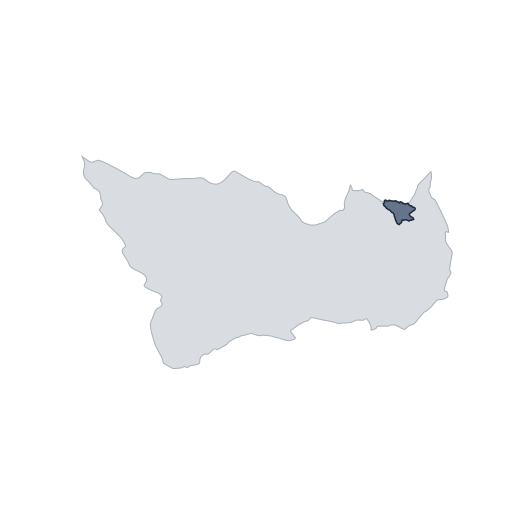 location of Bambio, Sangha-Mbaéré, Central African Republic, rotated 197°
{"feature_id": "33826404B86044426841106", "entity_name": "Bambio", "entity_type": "district", "adm_level": 2, "iso_a3": "CAF", "parent_name": "Central African Republic", "parent_adm1": "Sangha-Mbaéré", "projection": "albers", "projection_center": [16.839, 3.876], "detail": "fine", "context": "in_parent", "style": "filled", "palette": "slate", "viewbox_px": 512, "rotation_deg": 197, "n_neighbors": 0, "source": "geoboundaries", "source_scale": "gbopen_adm2", "svg_char_len": 6499}
<svg xmlns="http://www.w3.org/2000/svg" viewBox="0 0 512 512"><g transform="rotate(197 256 256)"><path d="M349.3,193.1L353.7,194.2L354.5,195.5L353.3,200.0L354.2,202.7L356.7,205.0L359.2,206.0L361.7,206.6L370.1,207.9L373.6,209.5L378.3,214.7L384.1,219.4L385.6,221.9L385.3,224.1L383.6,226.9L383.9,228.1L386.6,230.8L389.7,233.6L395.3,236.7L405.0,241.6L409.5,244.8L411.0,247.3L413.5,250.0L417.0,252.5L419.4,254.4L417.8,259.8L418.3,261.6L419.2,263.1L421.3,265.3L422.1,268.0L424.2,271.4L426.6,272.9L430.6,273.5L432.7,275.0L437.1,277.7L441.4,280.0L443.2,281.6L444.4,283.1L445.3,284.8L445.8,286.5L446.0,290.1L446.8,294.7L449.1,297.8L451.3,300.1L442.5,297.5L441.2,297.5L439.7,298.0L435.2,301.3L433.8,301.7L428.1,301.1L414.2,298.7L403.5,296.3L400.3,295.4L394.6,294.6L390.9,296.3L387.4,302.2L386.4,303.4L380.9,305.2L378.3,304.7L371.9,306.4L362.0,304.0L358.4,304.6L355.7,305.8L348.6,308.5L344.3,310.1L339.3,311.5L334.5,313.6L331.3,314.8L328.2,314.8L325.4,313.6L322.2,312.6L318.5,312.4L314.7,313.1L311.4,315.4L310.1,317.1L307.3,321.5L304.0,328.7L302.7,330.2L301.5,331.0L286.0,327.5L279.3,326.7L274.8,327.8L269.1,325.8L266.7,325.5L265.5,326.1L262.4,325.2L257.2,322.8L252.3,321.8L247.9,322.2L245.2,321.4L243.1,319.0L240.2,314.6L235.2,310.3L228.4,306.9L224.2,304.3L222.5,302.5L218.9,301.6L213.3,301.4L208.0,303.1L200.3,308.6L193.2,319.7L189.2,324.0L186.1,325.1L185.3,327.8L186.9,332.0L187.3,336.9L186.2,345.3L186.6,351.3L184.9,350.3L183.3,347.5L182.5,346.9L177.8,348.2L175.3,349.4L174.0,350.5L173.0,350.7L171.5,349.1L170.4,348.9L168.5,349.1L166.6,349.1L165.4,348.9L164.6,349.1L162.4,348.1L154.2,345.8L152.8,345.0L151.2,345.1L147.0,347.2L144.8,347.7L138.1,349.0L130.9,349.6L128.2,349.6L126.3,350.5L125.1,351.8L122.8,359.5L122.2,360.8L122.3,362.8L121.7,368.9L122.0,370.9L113.4,387.9L111.9,385.0L111.0,381.7L110.7,377.9L110.9,376.9L110.4,375.8L109.6,372.7L110.3,370.7L109.8,368.6L108.1,366.5L106.6,364.9L105.7,363.5L105.0,362.9L103.3,362.7L101.1,362.0L91.5,352.0L81.6,340.8L79.6,337.1L78.8,335.0L81.2,334.8L81.8,334.4L81.9,333.5L80.4,330.6L79.7,326.9L78.4,324.7L74.5,321.3L70.8,318.7L69.7,317.3L69.0,315.4L67.6,303.3L67.0,299.9L65.8,298.4L65.0,297.7L64.6,296.8L64.8,294.7L65.3,292.8L65.3,292.0L66.3,290.3L66.3,279.1L65.1,277.6L62.9,277.6L61.7,275.9L60.7,273.9L61.0,272.4L63.2,270.2L64.6,269.3L68.8,267.5L70.0,266.6L70.8,265.5L71.3,264.0L73.7,258.3L77.4,252.6L78.9,251.4L82.6,243.0L83.5,240.8L84.1,238.7L85.3,237.0L89.3,234.1L92.4,229.1L95.6,229.4L99.0,230.2L103.3,230.6L106.7,229.6L108.9,227.7L119.4,224.3L120.1,221.7L121.8,220.3L123.7,219.0L124.4,218.9L124.5,219.8L125.7,222.5L128.0,225.3L131.5,228.3L132.5,228.2L134.7,225.9L140.2,224.4L141.5,223.8L145.4,220.4L150.1,218.3L152.8,217.5L157.5,215.3L160.8,215.6L166.2,215.2L175.2,214.2L181.7,213.8L184.9,213.4L185.8,212.9L187.0,209.7L188.0,208.8L190.4,207.4L195.2,202.5L198.3,198.4L199.2,196.9L199.9,196.7L201.2,194.9L199.9,193.2L194.5,189.5L194.6,189.0L194.3,188.4L194.6,187.9L196.6,186.4L199.4,184.7L202.3,184.1L209.9,184.2L216.4,183.8L218.0,183.9L223.0,183.0L226.5,182.2L230.1,180.5L238.1,180.6L244.9,176.2L246.8,175.4L247.6,174.7L247.9,174.0L251.0,172.2L254.5,168.5L257.3,165.2L258.1,162.9L265.6,155.0L268.3,155.2L269.6,154.2L272.6,148.9L273.5,148.0L276.6,147.0L278.1,145.5L279.4,143.2L279.4,140.3L278.8,138.0L278.8,136.9L279.5,135.9L280.7,134.9L286.5,132.0L287.9,130.6L288.8,129.4L290.4,129.2L292.2,129.3L293.3,128.5L294.6,127.2L298.6,125.5L302.3,124.1L306.1,124.7L313.2,126.4L315.4,130.1L316.4,131.4L325.2,140.1L326.9,142.2L331.2,148.6L333.9,152.9L337.0,159.1L337.3,162.5L336.9,165.4L336.4,173.6L335.6,176.0L331.8,180.5L331.7,182.4L332.5,184.1L333.7,184.8L334.4,185.6L334.0,189.4L335.4,190.9L338.2,191.9L345.5,192.5L349.3,193.1Z" fill="#d9dde1" stroke="#a8b0b8" stroke-width="1"/><path d="M149.6,343.5L148.8,342.2L148.4,341.6L147.5,341.1L146.6,340.9L145.8,340.2L145.0,339.8L144.4,339.6L143.8,339.4L143.3,339.1L142.4,339.1L140.6,338.7L140.2,338.1L138.8,337.4L138.3,337.4L137.5,337.3L137.2,337.0L136.6,336.5L136.2,336.1L135.9,335.6L135.2,334.3L133.6,332.2L133.0,331.0L132.2,330.4L131.2,329.0L130.4,328.4L130.2,328.3L129.2,328.0L128.3,327.9L127.7,329.1L126.7,330.4L126.7,332.1L126.7,333.2L126.2,333.2L125.4,333.2L125.0,333.5L124.2,334.2L123.1,334.4L122.4,334.5L121.8,334.6L121.3,334.5L120.9,334.4L120.6,334.2L120.3,334.1L120.1,334.1L119.9,334.2L119.0,335.3L118.8,335.4L118.4,335.5L118.2,335.6L117.9,335.6L117.7,335.7L117.4,336.0L117.2,336.3L116.9,336.5L116.7,336.7L116.4,336.8L116.1,336.9L115.9,337.1L115.9,337.3L116.0,337.4L116.5,337.8L116.7,338.1L117.2,338.6L117.9,338.7L118.7,338.7L119.3,338.8L120.0,339.2L120.4,339.4L121.0,339.9L121.5,340.4L121.7,341.0L118.9,345.0L118.6,345.3L118.3,345.6L118.1,345.9L117.8,346.3L117.6,346.7L117.5,347.0L117.5,347.3L117.6,347.6L117.7,347.9L117.9,348.2L118.1,348.4L118.4,348.5L118.7,348.7L119.1,348.7L119.4,348.7L119.7,348.7L119.9,348.6L120.4,348.5L120.7,348.6L121.0,348.8L121.2,349.0L121.6,349.2L121.9,349.3L122.2,349.4L122.6,349.4L123.2,349.2L123.3,349.2L123.6,349.3L123.9,349.4L124.5,349.5L124.8,349.9L125.1,350.1L125.5,350.4L126.2,350.8L126.4,350.8L126.5,350.7L126.8,350.4L127.0,350.2L127.3,350.0L127.4,349.9L127.5,349.9L127.8,349.7L128.0,349.6L128.3,349.5L128.5,349.5L128.6,349.4L128.8,349.4L129.1,349.3L129.3,349.3L129.5,349.4L129.9,349.4L130.1,349.4L130.4,349.3L130.5,349.2L130.8,349.2L131.0,349.2L131.1,349.3L131.3,349.3L131.5,349.5L131.8,349.8L132.1,350.0L132.4,350.0L132.6,350.0L132.7,349.9L132.9,349.9L133.0,349.9L133.4,349.9L133.5,350.0L133.9,350.0L134.0,349.9L134.1,349.6L134.1,349.4L134.1,349.1L134.1,348.9L134.3,348.7L134.5,348.7L134.7,348.8L134.8,348.8L135.0,348.9L135.3,349.0L135.6,349.1L135.8,349.1L136.0,349.0L136.3,349.0L136.5,349.0L136.8,349.0L137.1,349.2L137.2,349.3L137.3,349.4L137.4,349.5L137.5,349.6L137.8,349.6L138.1,349.4L138.4,349.3L138.6,349.3L138.8,349.5L139.0,349.5L139.2,349.4L139.3,349.4L139.5,349.2L139.6,348.9L139.8,348.7L140.1,348.5L140.2,348.4L140.4,348.4L140.5,348.4L140.7,348.5L140.8,348.5L141.0,348.6L141.3,348.7L141.5,348.6L141.8,348.5L141.9,348.4L142.1,348.4L142.4,348.3L142.5,348.2L142.9,348.2L143.0,348.2L143.2,348.3L143.3,348.3L143.5,348.4L143.8,348.3L144.0,348.2L144.3,348.1L144.5,348.1L144.9,348.2L145.1,348.2L145.3,348.0L145.4,347.9L145.5,347.7L145.7,347.3L145.8,347.2L146.0,347.0L146.1,346.9L146.4,346.8L146.6,346.8L146.8,346.8L147.0,346.8L147.3,346.9L147.4,347.0L147.6,347.1L147.8,347.3L148.1,347.4L148.3,347.4L148.5,347.3L148.8,347.2L149.0,347.0L149.1,346.9L149.3,346.7L148.8,345.0L149.0,344.4L149.3,343.7L149.6,343.5Z" fill="#64748b" stroke="#1e293b" stroke-width="1.5"/></g></svg>